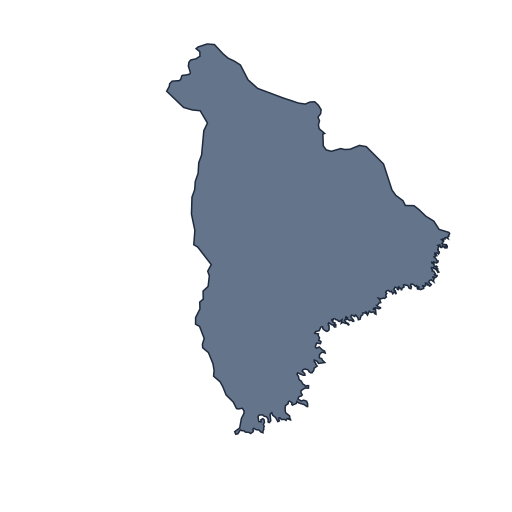 Obo, Haut-Mbomou, Central African Republic, rotated 302°
{"feature_id": "33826404B40761150188578", "entity_name": "Obo", "entity_type": "district", "adm_level": 2, "iso_a3": "CAF", "parent_name": "Central African Republic", "parent_adm1": "Haut-Mbomou", "projection": "natural_earth1", "projection_center": [26.309, 5.539], "detail": "fine", "context": "isolated", "style": "filled", "palette": "slate", "viewbox_px": 512, "rotation_deg": 302, "n_neighbors": 0, "source": "geoboundaries", "source_scale": "gbopen_adm2", "svg_char_len": 6143}
<svg xmlns="http://www.w3.org/2000/svg" viewBox="0 0 512 512"><g transform="rotate(302 256 256)"><path d="M413.3,108.7L409.9,102.2L402.6,96.1L400.1,95.3L399.5,100.1L395.7,102.6L391.4,100.6L387.7,96.8L385.0,96.4L381.3,97.9L376.9,103.0L375.9,103.4L375.1,103.3L372.7,101.1L370.3,98.0L369.5,97.6L365.7,98.6L364.0,97.9L359.8,92.2L356.3,91.5L353.8,92.6L348.4,92.9L343.6,115.9L346.1,124.6L349.6,131.7L343.0,144.4L334.7,145.3L312.9,156.3L304.8,158.0L295.4,163.1L287.0,165.0L279.9,168.8L272.0,170.5L257.3,179.1L245.3,190.6L232.6,197.2L232.7,201.8L225.0,222.6L217.5,223.1L214.5,226.9L204.8,231.5L198.2,229.7L191.5,234.1L187.1,232.7L181.4,236.5L171.8,237.4L166.1,240.9L166.4,245.4L158.6,255.8L152.8,257.3L149.9,259.4L148.9,266.8L141.9,276.5L136.9,281.0L131.6,283.7L130.3,292.2L127.5,297.2L122.3,304.3L120.1,314.1L116.3,320.3L117.0,322.2L119.6,325.0L118.3,328.0L116.0,329.2L110.5,329.7L101.5,333.3L95.7,331.0L94.1,333.3L95.7,334.9L100.2,334.9L100.4,336.8L101.4,338.2L101.0,340.3L102.7,343.5L102.6,345.5L105.2,346.6L106.4,346.5L107.5,345.1L108.7,345.4L108.8,348.3L110.0,350.7L109.3,353.5L109.8,355.6L111.4,354.6L113.2,354.5L114.3,353.5L115.8,353.3L117.1,351.5L119.4,351.3L121.4,349.7L121.7,347.9L119.6,346.9L118.1,348.3L117.1,346.1L121.1,342.7L122.8,343.0L124.8,345.9L124.4,347.9L125.3,350.1L124.0,352.8L121.6,354.2L121.7,355.5L124.0,355.9L129.2,351.8L131.5,352.4L129.8,354.5L129.4,358.2L127.1,362.3L128.5,363.2L130.3,361.3L131.0,361.3L131.4,362.1L130.8,364.2L132.5,366.7L132.5,368.6L134.6,368.5L135.3,372.2L136.0,371.6L136.2,370.1L137.4,370.0L138.2,369.2L138.7,364.6L139.6,363.3L142.9,361.0L144.9,360.3L147.7,361.5L149.5,360.7L150.7,361.3L150.6,364.3L149.2,364.8L148.8,365.9L152.3,368.3L154.4,367.8L154.0,370.0L155.5,375.7L155.3,379.0L155.7,379.6L158.0,378.1L159.7,375.9L159.0,372.8L157.1,371.2L156.9,367.3L159.6,367.0L161.3,368.6L162.7,368.9L164.0,366.4L165.9,365.6L169.9,367.5L171.7,370.5L173.9,369.3L173.2,368.0L171.7,367.1L172.4,365.6L172.2,363.8L173.9,360.6L173.9,358.7L174.6,357.3L176.4,355.9L177.4,353.4L179.0,353.3L179.9,359.3L180.8,360.7L182.1,359.7L182.9,356.2L184.4,356.1L185.9,357.1L186.9,359.8L186.8,361.2L186.0,362.2L185.9,364.4L187.0,365.6L187.6,365.1L189.0,365.7L191.8,364.8L195.1,366.2L195.8,364.1L196.7,363.5L197.4,361.2L198.7,360.6L199.1,363.8L198.0,365.9L202.1,370.8L202.8,367.6L203.8,366.0L203.2,364.0L203.7,363.3L206.2,362.1L208.9,362.7L209.8,363.7L210.4,366.1L211.7,364.6L211.5,361.9L212.4,357.8L209.8,356.1L210.5,354.4L214.3,353.5L215.8,357.1L217.7,356.6L218.0,356.1L217.7,353.8L220.2,353.3L221.6,350.7L223.0,350.2L221.6,346.7L223.5,346.6L226.2,349.2L229.9,348.6L230.9,349.2L231.2,350.1L229.9,350.9L229.5,352.3L229.4,355.6L230.2,356.6L232.1,357.1L235.9,354.7L235.9,353.8L236.9,353.1L237.9,353.1L237.9,357.4L239.2,358.8L238.0,358.9L237.3,360.1L238.1,361.2L240.2,360.0L240.0,358.7L241.1,358.4L240.7,356.7L241.4,354.8L241.9,355.3L242.4,354.1L243.2,355.1L243.8,355.0L244.6,356.1L244.3,357.3L244.9,359.0L244.4,360.4L244.6,361.4L247.5,362.6L244.0,363.9L245.8,364.8L246.3,367.8L247.1,368.4L246.4,370.8L247.0,371.2L247.7,369.8L247.3,368.1L248.2,365.3L249.4,365.2L249.7,366.1L250.4,366.2L251.4,364.6L252.2,364.5L252.1,366.3L250.8,367.2L250.9,369.8L251.6,369.9L252.0,370.7L251.9,372.9L252.6,373.5L253.3,372.6L254.8,368.4L256.6,368.4L257.0,371.8L258.3,371.4L258.8,371.8L257.7,375.0L256.2,376.6L257.5,377.8L260.8,376.8L262.7,377.6L264.5,376.9L265.4,378.6L266.8,378.7L266.5,379.9L265.6,379.7L265.9,381.0L265.2,381.1L264.9,381.9L269.2,381.3L269.1,383.6L270.9,385.2L270.9,386.1L270.0,387.0L270.2,388.6L273.9,385.8L274.1,384.9L273.4,384.9L273.1,383.7L273.7,383.4L275.4,384.6L276.3,388.2L277.8,389.2L278.2,388.9L277.7,386.4L278.1,384.6L278.5,385.1L281.2,385.2L282.6,386.5L284.4,384.3L285.1,382.2L285.9,384.7L287.7,386.2L288.1,387.5L290.4,388.3L291.4,386.8L293.5,386.8L293.8,385.3L295.7,385.2L297.1,386.7L296.6,388.0L297.0,389.0L297.9,389.4L296.4,392.0L298.6,392.2L298.6,393.6L298.0,394.3L298.5,394.7L300.4,392.5L300.3,390.6L303.4,390.5L303.6,393.0L302.7,393.4L302.8,394.5L303.8,394.6L304.9,393.4L305.6,393.4L305.0,394.6L305.3,396.3L304.3,397.0L304.6,397.5L306.0,396.9L308.2,398.0L309.4,396.5L310.5,397.2L310.5,398.6L311.5,400.2L309.9,402.9L310.3,404.7L312.0,404.3L312.7,403.5L312.4,403.0L313.9,402.3L314.9,403.2L315.2,404.9L314.7,407.2L316.0,407.9L315.4,409.4L316.1,410.3L315.6,410.7L314.7,409.3L313.7,410.3L313.6,411.0L314.4,411.1L314.6,413.3L317.4,415.4L318.6,414.7L319.0,412.5L319.8,415.2L321.2,415.3L322.7,414.1L323.5,415.4L322.2,416.7L322.9,417.3L322.4,419.1L323.3,419.7L324.7,419.8L325.3,416.4L326.3,416.1L328.6,416.9L328.3,420.5L329.0,419.6L331.3,419.0L331.5,417.5L332.0,417.2L332.9,419.7L335.2,420.2L335.5,419.7L334.6,418.2L334.7,417.3L335.9,417.5L337.3,414.7L336.7,413.4L337.9,412.8L338.3,411.4L339.2,411.0L340.0,412.6L339.5,413.2L340.0,414.7L339.7,416.7L338.5,419.0L339.3,419.6L340.1,417.5L341.4,417.0L340.9,415.2L342.9,415.5L343.0,414.0L341.6,413.5L341.4,412.8L343.8,411.0L343.2,409.9L343.4,408.5L343.8,408.3L344.6,410.2L345.1,409.9L345.6,412.6L346.7,412.7L346.7,413.5L347.2,413.5L348.3,413.1L347.9,412.2L349.3,409.3L349.6,406.8L349.9,408.1L351.1,408.2L352.1,409.2L352.7,408.0L351.9,407.1L353.0,406.2L353.1,406.9L353.6,406.8L354.7,408.2L354.3,409.7L355.8,409.7L356.5,409.4L356.9,407.6L357.9,407.3L358.0,406.5L360.9,406.0L361.3,404.5L362.9,406.0L361.2,407.8L361.3,408.5L361.6,409.0L363.5,408.7L363.0,410.0L363.6,410.5L362.9,411.9L363.6,412.9L364.0,411.9L365.0,411.7L364.8,413.4L365.7,413.0L366.5,411.4L365.2,408.8L365.3,407.0L368.2,407.3L368.7,406.7L368.1,406.1L368.2,404.6L369.9,405.7L370.6,407.3L371.5,406.6L372.4,407.2L372.5,409.7L373.4,408.3L374.7,409.1L375.8,408.2L376.5,408.6L377.8,408.2L378.2,407.0L375.6,397.2L379.8,388.3L379.7,379.1L381.7,369.6L382.4,363.3L378.0,355.9L380.8,351.3L381.5,342.4L384.0,336.4L401.6,315.4L407.2,291.6L404.6,285.1L396.3,279.1L393.4,274.9L392.0,270.9L384.7,264.4L383.2,259.3L385.0,254.8L394.8,248.1L396.3,249.3L397.4,242.1L400.4,239.4L404.3,238.2L406.6,235.0L410.9,235.4L414.6,233.7L416.9,229.0L417.9,224.1L415.2,220.2L411.0,217.3L408.2,211.0L404.3,194.8L399.0,168.6L401.2,155.9L409.7,141.6L409.8,134.3L409.0,127.5L410.0,120.9L413.3,108.7Z" fill="#64748b" stroke="#1e293b" stroke-width="1.5"/></g></svg>